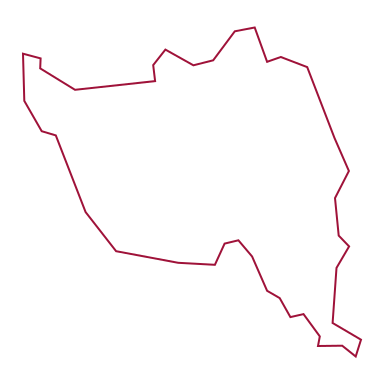 Owsley, Kentucky, United States of America (Mercator projection)
{"feature_id": "52423323B86076485576940", "entity_name": "Owsley", "entity_type": "district", "adm_level": 2, "iso_a3": "USA", "parent_name": "United States of America", "parent_adm1": "Kentucky", "projection": "mercator", "projection_center": [-83.663, 37.399], "detail": "fine", "context": "isolated", "style": "outline", "palette": "rose", "viewbox_px": 384, "rotation_deg": 0, "n_neighbors": 0, "source": "geoboundaries", "source_scale": "gbopen_adm2", "svg_char_len": 597}
<svg xmlns="http://www.w3.org/2000/svg" viewBox="0 0 384 384"><path d="M355.7,356.5L361.0,339.7L332.6,323.0L336.5,267.9L349.1,246.4L338.7,235.6L335.0,198.1L348.9,171.0L334.5,138.0L307.2,67.1L280.8,57.0L267.1,61.8L254.7,27.5L234.8,31.3L213.2,60.3L193.4,65.3L165.4,49.6L153.2,65.1L155.1,81.1L75.0,89.8L40.2,68.4L40.6,58.4L23.0,53.7L24.3,100.9L41.7,131.2L55.8,135.4L85.6,212.1L116.1,251.2L178.2,262.8L214.9,264.8L224.6,243.6L238.4,240.3L252.1,256.5L267.1,290.8L279.7,298.1L290.4,317.1L303.5,314.1L319.8,336.4L318.0,346.0L342.2,345.7L355.7,356.5Z" fill="none" stroke="#9f1239" stroke-width="2"/></svg>